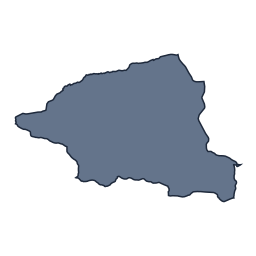 outline of Rona De Sus, Maramures, Romania
{"feature_id": "2599482B84873154480741", "entity_name": "Rona De Sus", "entity_type": "district", "adm_level": 2, "iso_a3": "ROU", "parent_name": "Romania", "parent_adm1": "Maramures", "projection": "robinson", "projection_center": [24.07, 47.888], "detail": "fine", "context": "isolated", "style": "filled", "palette": "slate", "viewbox_px": 256, "rotation_deg": 0, "n_neighbors": 0, "source": "geoboundaries", "source_scale": "gbopen_adm2", "svg_char_len": 5756}
<svg xmlns="http://www.w3.org/2000/svg" viewBox="0 0 256 256"><path d="M233.9,197.9L233.6,197.2L234.0,195.6L234.0,194.8L234.2,193.4L234.6,191.4L234.9,190.5L235.3,189.6L235.7,188.9L235.7,188.6L235.6,187.5L235.2,186.0L235.3,185.5L235.5,184.8L236.1,183.8L236.4,183.2L236.5,182.2L236.2,181.2L235.9,180.9L235.2,180.4L234.7,179.8L234.1,178.2L234.1,177.4L234.1,176.2L234.1,175.5L234.4,174.7L234.5,174.2L234.6,173.3L234.5,172.4L234.6,171.2L234.7,170.5L234.7,169.6L234.6,168.5L234.2,166.3L234.0,165.6L233.6,164.9L233.7,164.7L234.1,164.7L236.0,165.0L236.3,165.1L236.5,165.3L236.7,165.6L236.8,166.2L236.9,166.4L237.3,166.5L237.9,166.3L239.1,165.6L240.1,165.1L240.6,164.7L239.9,164.8L238.5,164.6L237.4,164.2L237.0,163.9L236.8,163.6L236.5,162.6L235.7,161.8L234.7,161.2L233.3,160.6L232.2,160.0L231.2,159.4L229.9,158.3L228.8,157.7L227.5,157.1L226.6,156.7L225.5,156.2L224.5,156.0L222.8,155.8L219.0,155.7L217.8,155.4L216.9,155.2L215.5,154.5L215.3,154.2L215.1,153.9L214.6,153.4L213.6,152.9L212.3,152.4L212.1,152.1L211.2,151.5L210.2,151.4L208.0,151.5L206.8,149.8L206.4,148.1L206.3,144.3L206.7,143.4L208.5,141.1L208.7,138.8L208.3,137.5L205.5,133.4L198.8,120.7L198.2,118.6L199.1,115.1L200.1,113.6L204.5,108.2L204.8,106.9L204.4,104.0L202.0,98.3L201.9,97.2L204.4,91.9L204.7,86.5L203.9,81.5L198.5,81.8L196.4,81.8L194.6,81.4L193.7,80.9L193.1,80.5L192.4,79.7L192.3,79.4L191.9,78.1L191.4,76.9L188.8,72.9L185.6,67.0L185.3,66.6L184.3,65.4L183.0,64.1L180.8,61.5L179.7,60.0L179.1,58.9L178.7,57.6L178.3,56.1L178.0,54.6L177.1,55.0L176.3,55.1L174.2,54.7L172.9,54.5L171.9,54.4L170.8,54.4L168.4,54.8L165.8,55.5L163.6,56.0L160.4,56.8L159.0,58.4L158.4,58.6L156.7,58.8L156.1,58.9L155.4,59.2L154.2,60.0L153.6,60.3L153.1,59.5L150.3,60.6L149.4,61.2L147.2,62.3L144.9,62.3L143.1,62.8L140.2,63.2L139.4,63.2L138.4,63.4L137.3,63.1L136.7,63.0L135.5,63.2L134.2,63.3L133.0,63.2L131.8,63.5L131.1,63.9L129.9,64.8L129.6,65.3L129.4,66.3L128.8,67.5L128.2,68.2L126.9,69.6L126.0,70.4L124.8,70.2L122.6,70.7L121.4,70.7L119.4,70.3L118.7,70.3L116.0,71.5L113.9,71.5L113.2,71.4L112.8,71.4L112.4,71.8L111.8,72.0L110.4,72.3L110.0,72.5L109.4,72.5L108.9,72.2L108.3,71.9L107.3,71.9L106.3,72.5L105.1,72.9L104.9,73.2L104.5,73.4L104.1,73.2L103.6,73.2L102.3,73.6L101.7,73.6L101.5,73.3L101.3,73.1L100.8,73.2L100.3,73.5L99.6,73.8L99.1,73.7L98.5,73.7L98.4,74.1L98.0,74.1L97.6,73.9L96.1,73.8L95.5,73.9L94.1,73.6L93.6,73.6L93.0,74.0L92.2,74.0L91.8,74.5L91.3,74.4L90.8,74.1L90.6,74.2L90.4,74.5L89.8,74.6L89.4,74.4L89.1,74.4L88.8,74.9L87.3,75.2L86.9,74.9L86.4,74.9L86.0,75.1L85.8,75.7L85.5,76.0L85.3,76.6L84.4,77.1L84.0,77.6L83.5,78.1L82.9,79.5L82.0,80.5L79.7,82.2L79.0,82.5L78.6,82.4L77.9,82.2L77.4,82.2L76.5,82.8L75.7,83.2L73.8,83.5L73.3,83.8L72.7,84.3L72.0,84.7L70.7,84.9L70.5,85.1L69.9,84.1L69.4,84.3L68.1,85.0L67.6,85.4L67.2,85.9L66.8,86.2L66.5,86.2L65.8,86.0L64.4,86.6L64.3,87.2L64.1,87.5L63.9,87.8L63.1,88.4L63.3,88.7L62.8,89.6L63.0,90.4L61.3,91.5L60.0,92.8L56.9,94.1L55.4,95.8L53.6,99.1L52.7,100.1L48.4,101.8L46.9,103.9L46.0,110.0L45.0,110.6L42.9,111.1L41.2,112.0L37.9,112.1L28.0,113.8L25.9,114.0L22.9,113.4L15.9,116.9L15.4,117.8L15.9,119.7L15.5,120.9L16.2,122.1L15.5,123.8L16.2,124.1L16.6,124.2L17.0,124.6L17.2,124.8L17.6,125.8L18.1,126.3L19.0,127.0L21.3,128.3L23.3,129.2L23.8,129.3L24.7,129.3L25.5,129.4L26.9,129.9L28.6,130.7L29.5,131.1L30.1,131.6L30.3,131.9L30.4,132.2L30.6,134.4L30.9,135.6L31.0,135.8L31.7,136.3L32.6,136.6L34.1,136.9L35.8,137.4L36.7,137.4L37.7,137.6L38.4,137.7L38.8,137.8L40.6,137.5L41.6,137.6L44.8,138.6L45.7,138.6L46.2,138.6L47.1,138.8L48.4,139.6L49.2,140.4L50.2,141.1L51.5,141.6L52.3,142.1L53.5,142.6L55.0,143.0L56.2,143.1L58.3,142.9L61.2,143.9L62.4,144.1L65.3,146.1L66.9,146.7L67.0,148.6L66.9,149.1L67.0,150.3L66.9,151.1L67.5,152.6L68.1,153.2L68.9,154.0L69.7,154.9L71.2,156.9L72.1,157.8L74.0,159.3L74.8,159.7L75.5,160.2L76.2,160.9L76.6,161.3L77.0,161.9L77.3,163.3L77.5,163.9L78.4,165.1L78.6,165.7L78.6,166.6L78.4,168.5L78.5,169.0L78.4,169.6L78.4,170.1L78.5,170.9L78.6,172.7L78.4,173.5L78.1,174.0L78.2,175.3L77.6,176.5L76.3,177.3L75.8,177.7L76.1,177.8L78.0,178.0L78.5,178.2L79.4,179.1L80.1,179.8L80.9,180.7L81.3,181.1L82.3,181.1L83.5,181.6L85.1,181.5L86.0,181.5L87.6,181.2L88.4,180.8L89.1,180.6L90.3,180.3L90.7,180.3L91.7,180.1L92.7,180.1L94.2,180.4L94.5,180.5L95.3,180.9L96.5,182.0L97.9,182.9L98.3,183.3L98.6,183.7L99.5,184.4L100.5,184.8L101.5,184.8L102.9,185.2L104.0,185.6L104.3,185.8L104.4,186.2L104.6,186.4L105.2,186.5L105.5,186.5L106.0,186.3L107.6,186.1L109.4,185.2L110.3,184.7L110.7,183.9L112.2,182.8L113.4,182.2L114.5,181.8L115.2,181.3L116.0,179.2L117.2,178.1L117.5,177.5L117.4,177.0L117.4,176.7L117.7,176.6L118.9,176.3L119.7,176.7L121.8,178.1L123.6,178.8L124.5,179.0L125.3,179.0L126.2,179.0L127.3,178.6L128.5,177.8L129.1,177.7L130.0,177.8L130.8,178.0L132.5,178.8L133.0,179.2L133.5,179.5L134.4,179.7L134.9,179.9L136.3,179.9L138.8,180.1L142.6,178.7L143.3,178.7L144.0,178.9L144.7,179.5L145.6,180.4L146.4,181.0L146.8,181.2L148.9,181.7L150.5,181.7L151.1,181.8L152.0,182.5L152.6,182.9L153.3,183.1L156.2,183.0L158.7,182.4L159.4,182.5L161.6,183.6L162.8,184.1L164.3,184.8L165.4,185.2L166.7,185.8L167.8,186.1L168.3,187.5L168.7,188.1L169.0,188.4L169.1,189.2L169.0,189.6L169.2,190.1L169.1,190.6L168.8,191.1L168.3,191.7L168.3,192.4L168.4,193.0L168.5,195.5L170.0,195.9L170.9,195.9L171.6,195.8L172.5,195.7L177.7,195.9L178.7,196.2L180.8,196.6L182.4,196.9L184.5,196.7L187.1,195.8L187.9,195.3L189.2,195.1L190.0,194.7L191.1,193.4L191.7,193.0L193.3,191.8L197.5,191.5L198.9,191.6L200.8,191.6L205.2,192.0L213.7,192.5L215.3,193.2L216.5,194.0L217.3,194.5L217.6,195.3L217.5,196.1L217.6,196.4L217.9,196.8L218.1,197.5L219.1,198.0L219.3,198.7L220.6,199.9L221.7,200.8L222.7,201.3L224.0,201.6L225.3,201.1L228.1,199.9L229.6,199.2L230.2,199.0L232.2,198.2L233.9,197.9Z" fill="#64748b" stroke="#1e293b" stroke-width="1.5"/></svg>